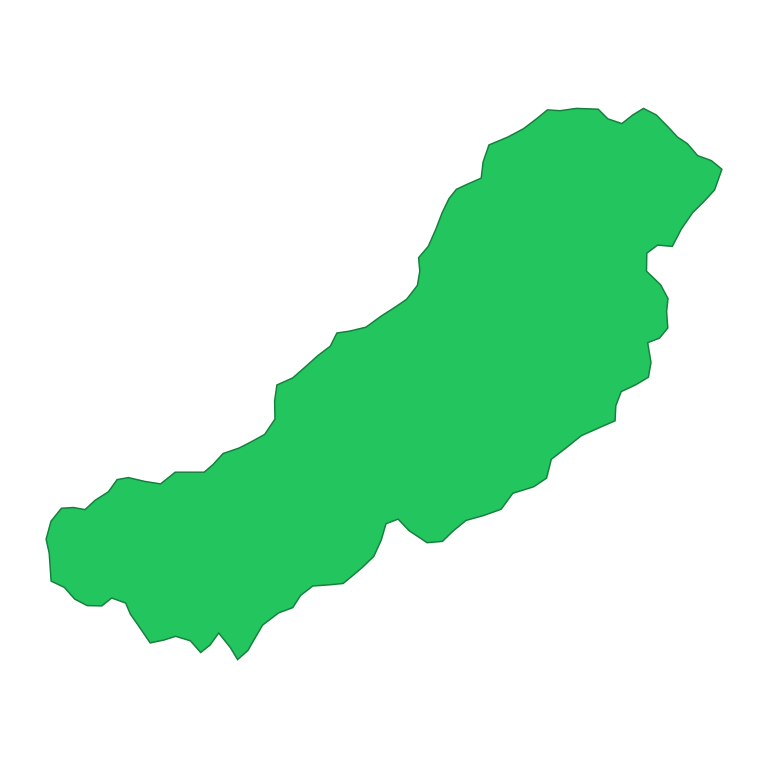 outline of Aracitaba, Minas Gerais, Brazil
{"feature_id": "56859067B92579903887823", "entity_name": "Aracitaba", "entity_type": "district", "adm_level": 2, "iso_a3": "BRA", "parent_name": "Brazil", "parent_adm1": "Minas Gerais", "projection": "orthographic", "projection_center": [-43.409, -21.349], "detail": "fine", "context": "isolated", "style": "filled", "palette": "green", "viewbox_px": 768, "rotation_deg": 0, "n_neighbors": 0, "source": "geoboundaries", "source_scale": "gbopen_adm2", "svg_char_len": 1704}
<svg xmlns="http://www.w3.org/2000/svg" viewBox="0 0 768 768"><path d="M721.9,169.3L711.5,160.7L697.6,155.6L687.4,143.7L677.5,137.1L668.6,127.5L656.3,115.0L643.5,108.4L632.7,115.0L621.8,123.6L607.8,118.8L598.2,109.2L576.4,108.4L560.1,110.7L547.4,109.9L536.5,118.8L523.5,128.7L507.9,137.0L489.0,144.9L483.1,161.9L481.2,178.1L467.3,184.2L456.4,189.3L449.1,198.4L442.2,212.6L435.9,229.1L428.3,246.3L418.6,257.7L419.8,271.2L417.4,285.4L406.6,299.3L395.0,307.2L381.3,316.0L365.9,327.2L349.2,331.2L336.9,333.0L330.3,346.2L318.2,355.3L305.5,366.7L292.7,377.9L276.9,385.0L274.6,401.2L275.0,419.0L264.7,434.4L250.3,442.3L238.9,448.1L223.1,453.5L213.2,464.4L204.2,472.2L192.7,472.2L175.2,472.2L160.6,483.9L144.7,481.4L128.4,477.6L117.1,479.6L108.4,491.8L95.2,500.2L85.0,509.6L73.4,507.5L61.4,508.3L51.0,521.2L46.1,539.2L49.2,553.2L50.3,569.2L51.1,581.1L64.3,587.4L74.7,599.1L87.2,605.6L101.8,605.9L111.7,598.0L125.7,603.1L130.4,614.2L137.7,624.6L150.2,642.9L163.7,640.1L175.7,636.3L190.4,640.8L200.7,652.5L210.2,644.9L218.7,633.0L230.2,647.4L237.6,659.6L247.9,650.5L254.6,638.8L262.6,625.1L278.6,612.9L292.8,607.6L300.6,595.4L312.8,586.0L329.6,584.8L343.1,583.5L352.7,575.6L361.9,567.8L373.8,556.4L381.3,539.9L386.0,523.7L398.1,519.1L409.2,530.8L427.1,542.7L442.4,541.4L453.3,530.8L466.1,520.4L484.2,515.3L501.2,509.2L512.8,493.3L533.8,486.7L546.6,478.1L551.3,459.3L564.8,448.9L581.3,435.7L599.9,427.4L615.1,420.8L615.8,405.8L621.2,391.6L636.3,384.5L648.4,377.2L651.0,362.5L647.7,342.7L659.5,338.1L667.8,328.0L666.6,311.5L668.0,298.6L660.7,284.9L646.5,271.2L646.8,253.2L657.6,245.1L672.3,246.4L681.3,229.1L692.6,212.7L703.7,201.8L714.6,189.9L721.9,169.3Z" fill="#22c55e" stroke="#15803d" stroke-width="1.5"/></svg>